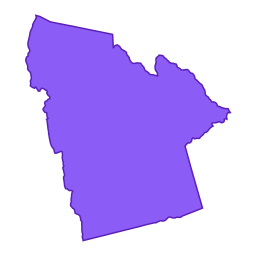 Morpará, Bahia, Brazil
{"feature_id": "56859067B97769813670820", "entity_name": "Morpará", "entity_type": "district", "adm_level": 2, "iso_a3": "BRA", "parent_name": "Brazil", "parent_adm1": "Bahia", "projection": "robinson", "projection_center": [-43.039, -11.751], "detail": "fine", "context": "isolated", "style": "filled", "palette": "violet", "viewbox_px": 256, "rotation_deg": 0, "n_neighbors": 0, "source": "geoboundaries", "source_scale": "gbopen_adm2", "svg_char_len": 4054}
<svg xmlns="http://www.w3.org/2000/svg" viewBox="0 0 256 256"><path d="M29.0,48.2L29.5,49.4L29.7,50.6L29.6,52.0L28.2,53.2L28.0,54.6L28.0,56.2L26.5,57.1L26.1,58.6L25.7,59.9L25.9,61.1L26.4,62.6L27.1,64.2L27.6,65.7L27.8,67.4L27.6,68.8L28.3,70.3L29.2,71.0L30.3,72.4L30.9,74.1L31.1,75.9L31.3,77.4L31.3,79.4L30.5,80.3L30.4,81.8L30.8,83.1L30.3,85.7L31.7,86.9L33.1,87.7L34.6,88.2L35.4,87.1L36.5,88.0L37.5,89.8L38.4,91.1L39.8,91.1L40.3,89.8L41.6,88.3L43.5,88.6L44.3,89.2L45.7,90.2L46.7,90.5L47.3,91.5L46.7,92.8L47.6,94.7L48.4,95.7L49.7,96.5L49.8,98.6L48.1,99.3L46.8,100.9L45.3,101.4L44.6,103.0L45.4,105.3L44.6,106.9L43.2,108.5L43.1,109.8L44.0,111.2L45.0,112.4L46.6,112.7L46.8,114.2L47.1,116.8L48.0,118.5L46.5,119.3L47.1,120.6L47.4,123.6L47.7,125.9L47.9,127.6L48.1,129.4L48.5,131.2L48.6,132.6L48.7,134.1L49.1,135.9L49.3,137.7L49.7,139.4L50.1,141.6L50.8,144.1L51.5,146.0L52.8,148.0L53.9,149.3L54.2,150.9L54.7,153.0L56.0,153.3L58.1,152.5L59.6,152.0L60.9,151.3L62.2,151.8L62.4,153.5L62.4,154.8L62.4,156.5L62.2,157.9L62.5,159.2L62.8,161.0L63.3,163.1L63.2,164.7L63.8,166.2L62.8,167.5L63.2,169.3L63.6,170.7L63.9,172.2L64.3,173.8L64.6,175.4L63.6,176.9L63.6,178.5L63.9,180.2L64.2,182.0L64.4,183.9L64.6,185.9L65.1,187.5L65.7,188.7L67.2,188.7L68.4,190.1L69.4,190.6L70.8,190.4L72.7,191.1L72.0,192.9L71.7,194.3L71.5,196.9L71.2,198.6L71.1,200.3L71.4,201.7L70.8,202.9L70.6,204.2L70.6,205.7L71.7,207.0L72.7,208.3L73.8,208.7L74.7,210.5L75.1,213.1L76.3,213.8L77.3,214.2L78.4,214.6L79.8,215.8L80.5,217.9L80.7,220.2L81.8,221.5L81.8,223.2L81.8,225.1L82.0,226.8L81.9,228.4L81.9,230.1L82.1,232.1L82.6,233.6L82.6,234.9L82.3,236.5L82.5,238.0L83.0,239.4L83.1,240.6L141.0,226.1L143.4,225.4L148.6,224.1L154.3,222.8L155.9,222.8L157.6,221.9L158.8,221.4L160.2,220.7L161.4,220.9L162.7,221.1L164.2,220.8L165.8,219.9L167.3,218.4L168.5,217.3L169.9,216.9L171.8,217.7L174.0,218.0L175.3,217.9L176.3,217.4L177.4,217.2L178.7,217.4L180.6,217.3L182.4,216.0L202.5,208.1L191.2,168.6L185.0,146.0L185.8,145.2L186.9,143.8L188.0,142.9L189.3,143.0L190.6,142.4L191.7,140.8L191.9,138.9L193.2,137.8L194.6,138.9L196.1,138.4L197.7,138.4L199.4,138.4L200.7,136.7L202.1,135.5L203.3,134.6L204.0,133.1L205.0,132.5L206.4,132.1L207.6,131.2L208.6,129.9L209.5,128.6L210.6,127.7L211.7,126.8L213.1,126.0L212.4,125.1L211.6,124.2L212.3,122.9L214.2,122.8L216.2,122.7L218.1,122.0L219.8,121.7L220.6,122.5L222.1,122.7L223.5,122.1L224.3,121.0L224.2,119.4L225.7,118.7L226.9,119.3L226.9,118.0L226.4,116.6L226.8,115.2L227.2,113.7L228.0,112.5L229.2,112.8L230.3,112.6L229.0,110.6L228.1,108.7L226.4,108.6L225.2,108.6L223.4,108.1L221.7,107.7L220.2,106.7L218.8,106.4L217.5,106.1L217.0,104.4L216.2,103.2L215.3,102.5L213.7,101.9L212.1,102.2L211.0,100.7L210.3,99.7L209.2,98.9L208.3,97.1L206.7,96.0L205.7,95.3L205.2,93.3L205.0,91.5L204.5,89.7L203.4,88.0L202.4,85.7L201.6,84.5L200.4,83.7L199.1,82.6L197.8,81.2L196.5,80.0L195.0,78.7L194.7,76.9L194.1,75.4L193.3,74.2L192.4,73.4L191.1,73.1L190.1,72.7L189.4,71.5L188.5,70.4L187.3,69.5L185.8,69.6L184.7,69.8L182.8,70.0L181.4,70.0L180.4,69.0L179.5,68.2L178.4,67.8L177.4,67.4L177.0,65.9L176.2,64.1L174.6,63.8L173.5,63.3L172.4,63.5L170.9,63.0L169.3,62.4L168.6,61.1L167.6,60.5L166.4,59.2L165.6,58.3L164.5,57.9L163.7,56.6L162.7,55.6L159.2,55.1L158.2,56.3L157.2,57.0L156.0,58.3L156.0,60.1L156.1,61.9L155.6,64.2L155.1,65.7L155.1,67.2L155.2,68.9L155.6,70.4L156.4,71.5L157.2,72.5L157.4,74.0L157.6,75.9L156.0,75.6L154.9,75.4L153.8,74.9L152.5,74.7L151.0,74.6L149.5,74.2L148.6,72.8L147.7,72.1L146.6,71.3L145.4,70.7L144.7,69.6L144.3,68.4L143.7,67.0L142.4,65.7L141.6,64.7L140.9,63.4L139.5,63.0L138.4,63.1L136.7,62.9L135.3,63.2L133.2,63.5L132.0,62.9L130.9,61.6L129.6,59.7L129.4,58.2L128.5,56.4L127.3,55.4L126.7,54.1L126.4,52.3L124.8,51.1L123.2,50.2L121.7,49.3L120.7,48.2L119.8,46.6L118.6,45.7L117.4,44.9L115.3,45.4L114.4,46.6L113.3,47.5L112.6,34.4L76.8,27.1L50.4,21.9L39.9,16.5L35.9,15.4L36.3,17.1L35.6,19.3L34.2,21.5L33.7,22.7L32.8,24.3L32.6,26.6L31.7,28.7L30.6,30.9L29.9,33.5L29.7,35.4L29.2,37.4L28.4,40.8L28.1,42.1L27.9,43.5L28.0,45.1L28.4,47.2L29.0,48.2Z" fill="#8b5cf6" stroke="#5b21b6" stroke-width="1.5"/></svg>